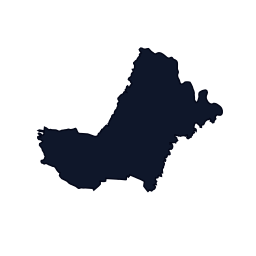 Bom Jesus de Goiás, Goiás, Brazil (Natural Earth projection), rotated 155°
{"feature_id": "56859067B21654402984867", "entity_name": "Bom Jesus de Goiás", "entity_type": "district", "adm_level": 2, "iso_a3": "BRA", "parent_name": "Brazil", "parent_adm1": "Goiás", "projection": "natural_earth1", "projection_center": [-49.889, -18.197], "detail": "fine", "context": "isolated", "style": "filled", "palette": "ink", "viewbox_px": 256, "rotation_deg": 155, "n_neighbors": 0, "source": "geoboundaries", "source_scale": "gbopen_adm2", "svg_char_len": 5796}
<svg xmlns="http://www.w3.org/2000/svg" viewBox="0 0 256 256"><g transform="rotate(155 128 128)"><path d="M219.2,130.9L218.2,130.8L217.2,130.7L216.1,129.5L215.3,128.3L213.7,126.7L212.8,125.6L211.9,124.8L211.1,124.5L210.6,123.3L210.3,121.7L210.2,120.1L209.8,118.5L209.4,117.2L208.5,116.4L209.1,115.1L210.1,113.9L210.0,112.6L209.3,110.2L206.8,107.1L205.8,105.8L205.3,104.7L204.7,103.0L203.6,101.4L202.7,100.5L201.6,99.2L199.9,97.3L198.4,94.4L197.5,94.0L196.7,93.9L195.8,93.8L194.9,93.3L193.8,92.6L192.0,91.9L189.5,90.5L187.8,89.6L186.4,88.8L185.3,88.4L185.2,86.2L182.5,87.0L179.3,87.9L176.9,88.9L175.7,91.5L172.3,89.7L170.8,89.4L169.9,90.7L169.3,91.7L160.0,86.7L158.1,85.6L156.8,85.0L154.2,83.5L152.2,82.3L151.4,82.1L150.7,83.3L149.9,84.3L148.9,84.8L148.4,83.4L147.1,83.9L146.2,84.9L144.8,83.4L143.6,82.1L143.0,81.4L142.3,80.7L141.3,79.5L140.4,78.5L138.2,76.1L136.4,73.7L135.7,72.7L136.3,71.6L137.8,69.3L138.2,68.5L137.6,65.7L137.0,63.1L136.7,62.1L135.8,62.4L134.9,62.9L133.1,61.0L131.9,61.5L129.9,61.6L129.0,62.1L128.1,63.0L128.3,64.1L129.0,65.6L128.0,65.8L127.3,65.3L126.3,64.8L126.2,66.0L125.7,66.8L124.6,67.6L125.3,68.8L124.8,70.1L123.9,71.3L122.9,70.6L121.8,70.5L121.2,71.4L120.4,72.1L119.6,71.3L118.9,70.7L118.1,70.1L117.7,71.2L117.6,72.9L116.6,73.3L115.7,72.8L115.3,73.8L114.9,75.1L114.4,76.2L113.5,76.9L112.7,77.2L112.0,78.4L110.9,79.3L110.1,80.5L110.1,82.4L109.1,83.0L108.2,82.2L107.4,83.1L107.7,84.7L107.0,85.7L106.0,85.1L104.8,85.6L103.9,86.9L102.7,87.0L102.0,86.4L101.1,86.4L100.6,87.6L100.6,88.8L101.0,89.7L100.4,90.8L99.0,91.2L97.6,90.5L96.3,91.1L95.4,92.3L95.0,93.7L95.2,94.9L96.1,95.3L96.8,95.8L96.3,96.9L91.7,95.2L91.1,94.5L90.3,95.4L89.2,95.5L88.3,95.8L88.5,97.1L88.2,98.5L89.1,99.5L88.9,100.7L88.6,101.8L87.7,101.7L87.0,100.5L85.8,100.3L85.4,99.3L84.5,99.1L83.8,98.4L82.5,98.3L81.6,98.0L80.4,97.5L79.2,96.4L78.4,97.0L77.4,96.9L77.5,95.4L78.6,94.8L78.6,93.5L77.8,92.9L75.6,93.3L74.7,93.1L74.1,94.1L73.1,94.2L72.2,95.1L71.6,96.0L70.7,95.6L69.8,95.8L69.7,97.3L68.9,97.7L68.0,97.3L67.6,96.4L67.1,97.2L67.0,98.3L67.9,99.6L68.5,100.4L66.6,102.9L65.8,103.7L65.1,104.2L63.1,103.3L62.9,102.0L62.3,100.8L61.9,99.6L62.2,98.2L61.2,97.6L60.6,98.9L59.7,99.6L58.1,99.2L56.8,100.2L55.6,101.3L54.1,101.8L52.9,102.0L52.0,102.0L51.2,101.6L50.0,102.0L49.5,100.4L50.4,99.5L49.5,98.4L49.1,97.0L47.9,96.8L46.8,98.2L45.5,98.9L44.6,99.2L44.6,100.5L43.8,101.6L42.6,102.2L41.4,102.3L40.6,101.6L39.7,101.1L38.6,100.6L37.5,100.8L36.3,101.8L35.7,103.0L35.3,103.9L35.1,105.1L35.0,106.5L35.3,107.9L35.8,109.1L37.1,111.4L37.9,112.5L38.9,113.4L40.0,114.0L41.5,114.0L42.7,114.5L43.7,115.6L44.4,117.1L44.7,118.5L44.8,120.2L44.7,121.8L44.2,123.0L43.5,124.2L42.0,125.6L41.1,126.8L40.9,128.4L41.5,129.5L42.6,129.9L43.6,130.1L44.8,130.3L45.9,130.3L46.8,130.2L47.9,130.1L48.8,129.5L49.6,128.2L50.4,126.1L51.3,125.0L52.9,123.2L54.2,122.2L55.3,122.2L55.7,123.3L55.9,124.5L56.0,125.4L55.6,126.4L55.0,127.6L54.1,130.2L53.3,131.7L53.0,132.8L52.8,134.0L52.8,135.4L52.6,136.9L52.4,138.1L52.4,139.5L52.4,141.2L52.6,143.2L54.0,144.2L56.1,145.2L57.2,145.4L58.4,145.0L59.4,144.8L60.9,144.9L61.8,146.0L61.8,147.7L61.5,149.0L61.4,150.3L61.5,151.5L61.5,152.6L61.3,153.9L60.9,155.0L60.2,156.0L59.3,156.8L58.8,157.6L58.6,158.7L58.6,159.8L58.3,161.0L56.2,165.3L55.7,166.8L55.7,168.0L56.4,169.5L57.3,170.4L58.0,171.5L58.3,173.1L59.0,173.7L60.4,173.7L61.4,173.9L62.4,174.6L63.0,175.5L63.6,176.8L64.2,178.1L64.7,179.1L65.4,180.3L66.4,181.7L67.5,182.7L68.8,183.3L70.2,183.4L71.2,183.3L72.2,183.6L73.0,184.4L73.4,185.4L74.0,186.3L74.9,188.1L75.4,189.8L75.9,191.2L77.3,191.7L78.9,192.0L80.5,192.8L81.5,194.2L82.6,195.0L83.8,194.7L84.6,194.3L84.6,192.7L84.1,190.9L85.1,190.1L86.0,190.1L86.7,189.4L86.7,188.3L88.4,187.8L89.2,187.4L90.4,186.6L91.2,185.8L92.0,185.7L92.9,185.6L93.8,185.1L95.1,184.8L95.6,183.9L95.3,182.4L95.8,181.2L96.8,179.3L97.7,178.8L99.2,179.2L99.1,177.6L99.8,176.3L101.4,176.0L102.2,175.2L102.7,174.1L103.5,173.3L104.6,173.1L105.5,172.9L106.3,172.8L107.1,171.9L106.7,170.6L105.8,169.6L106.1,168.3L105.7,167.2L106.3,166.0L107.6,165.7L108.5,165.0L109.4,164.2L110.4,165.0L110.6,166.3L111.7,166.0L112.6,164.7L113.5,163.9L114.4,163.6L114.2,161.1L115.5,162.2L116.7,162.1L117.3,161.1L118.2,161.0L119.3,160.9L120.3,160.9L121.5,160.5L123.2,159.7L124.5,159.2L124.9,158.0L124.5,156.5L125.2,155.3L126.5,154.9L127.3,154.3L127.5,153.3L127.8,151.9L129.1,151.3L129.8,150.2L131.2,149.6L132.1,149.3L133.1,148.5L134.0,147.3L134.8,146.0L136.1,146.3L137.2,146.0L137.9,145.2L138.5,144.1L139.4,144.0L140.0,143.3L140.8,142.8L142.0,141.9L143.0,140.7L144.1,140.3L144.3,139.3L144.5,138.3L145.6,138.5L146.2,139.5L147.3,139.4L148.3,138.8L149.5,138.6L150.1,137.8L151.4,137.7L152.4,137.7L153.1,136.7L154.1,136.7L154.8,135.9L155.6,135.5L157.0,135.4L157.8,134.6L158.6,133.7L159.9,133.7L161.5,134.1L162.5,135.0L166.3,138.8L167.4,139.7L169.6,140.9L170.5,141.4L172.1,142.3L174.4,143.5L175.4,144.7L175.5,146.7L175.4,148.6L175.7,149.7L176.7,149.9L177.6,149.9L178.8,150.1L179.6,150.3L180.7,150.6L182.5,152.0L183.4,152.2L184.3,152.3L185.2,152.6L186.4,153.0L187.7,153.3L189.0,153.8L190.5,153.8L191.9,154.1L192.8,155.0L193.8,156.2L194.9,157.0L195.8,157.4L197.9,158.5L199.0,159.4L200.4,159.7L201.4,161.1L201.9,162.3L202.7,163.2L203.3,163.9L205.3,160.7L207.2,162.2L209.2,163.6L210.4,163.6L209.7,162.6L208.8,162.0L208.0,161.5L207.2,161.1L206.0,159.6L206.6,158.1L207.6,157.5L208.8,157.6L209.2,158.6L209.7,159.7L210.8,161.0L211.6,160.7L211.1,159.5L210.5,157.9L210.9,156.8L211.6,157.6L212.3,158.1L213.5,158.1L214.0,157.0L213.7,155.4L212.4,154.6L211.5,153.4L210.9,152.3L211.4,151.6L212.3,151.3L214.6,151.1L215.4,149.9L215.1,148.2L214.8,147.2L214.5,145.8L214.9,143.9L214.6,141.6L214.6,140.6L215.0,139.1L214.8,137.3L217.1,135.0L218.1,134.7L219.0,134.8L220.3,135.1L221.0,134.1L220.8,132.7L219.7,131.9L219.2,130.9Z" fill="#0f172a" stroke="#020617" stroke-width="1.5"/></g></svg>